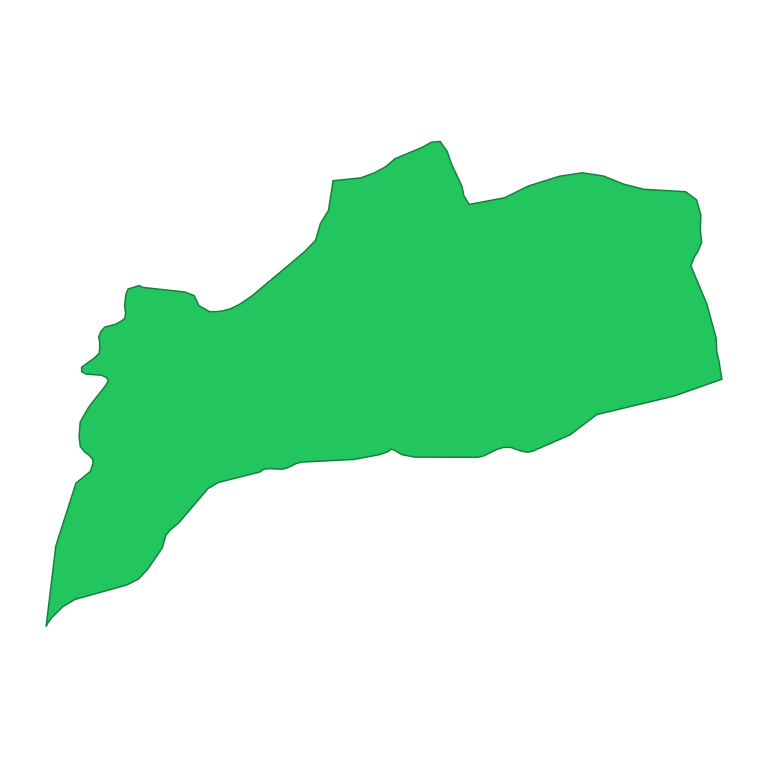 SVG path tracing the border of Abyan
{"feature_id": "YEM-3511", "entity_name": "Abyan", "entity_type": "Governorate", "adm_level": 1, "iso_a3": "YEM", "parent_name": "Yemen", "parent_adm1": "", "projection": "natural_earth1", "projection_center": [46.013, 13.619], "detail": "fine", "context": "isolated", "style": "filled", "palette": "green", "viewbox_px": 768, "rotation_deg": 0, "n_neighbors": 0, "source": "natural_earth", "source_scale": "10m", "svg_char_len": 1572}
<svg xmlns="http://www.w3.org/2000/svg" viewBox="0 0 768 768"><path d="M721.9,379.2L674.1,396.0L596.7,414.6L570.1,434.8L532.6,451.2L527.5,452.2L521.4,451.2L510.6,447.4L503.4,447.4L497.0,449.4L483.8,455.9L477.7,457.3L414.8,457.1L401.6,454.6L395.0,450.5L391.0,449.0L389.2,450.9L387.8,451.7L379.7,454.6L353.6,459.5L301.7,462.1L296.4,463.5L286.5,468.2L282.0,469.2L269.3,468.6L263.7,469.2L260.1,471.9L218.2,482.5L208.0,488.6L178.8,522.8L170.4,529.9L166.1,534.9L162.2,548.0L147.8,569.1L138.4,579.1L126.9,584.9L74.7,599.5L62.7,606.8L51.8,617.6L47.6,623.5L46.1,626.6L55.8,546.1L76.0,483.1L90.4,471.3L93.0,463.6L92.7,459.3L89.0,455.2L84.7,452.0L80.3,446.5L79.1,436.3L80.2,422.1L88.5,407.4L105.4,385.8L108.3,380.9L106.7,377.6L101.4,375.2L86.1,374.1L81.7,371.7L81.6,367.1L93.2,358.9L99.0,353.6L99.7,348.5L99.7,342.7L98.7,337.0L101.0,331.3L104.8,327.1L115.9,324.1L120.6,321.5L124.7,318.5L125.6,313.2L124.6,305.9L125.8,294.6L128.0,289.1L139.2,285.5L142.7,287.4L184.8,292.0L194.2,295.6L198.9,305.6L209.6,311.7L215.8,311.7L222.0,311.0L230.4,308.8L239.8,304.2L252.2,295.7L304.3,251.9L315.5,240.4L320.4,223.6L328.5,210.3L333.1,180.7L360.8,177.9L374.4,172.8L385.8,166.6L395.0,158.7L421.6,147.6L431.2,142.3L440.1,141.4L447.1,151.3L451.6,164.3L462.0,186.3L463.9,195.8L469.1,204.4L504.4,197.8L528.7,185.9L559.1,176.3L582.2,172.8L603.8,176.1L623.5,184.1L643.9,189.3L685.7,191.7L696.6,199.9L700.8,214.8L700.4,230.6L701.7,242.3L698.0,251.1L694.0,257.7L690.9,265.9L706.8,303.9L716.2,338.3L716.8,352.1L719.0,361.0L721.8,379.0L721.9,379.2Z" fill="#22c55e" stroke="#15803d" stroke-width="1.5"/></svg>